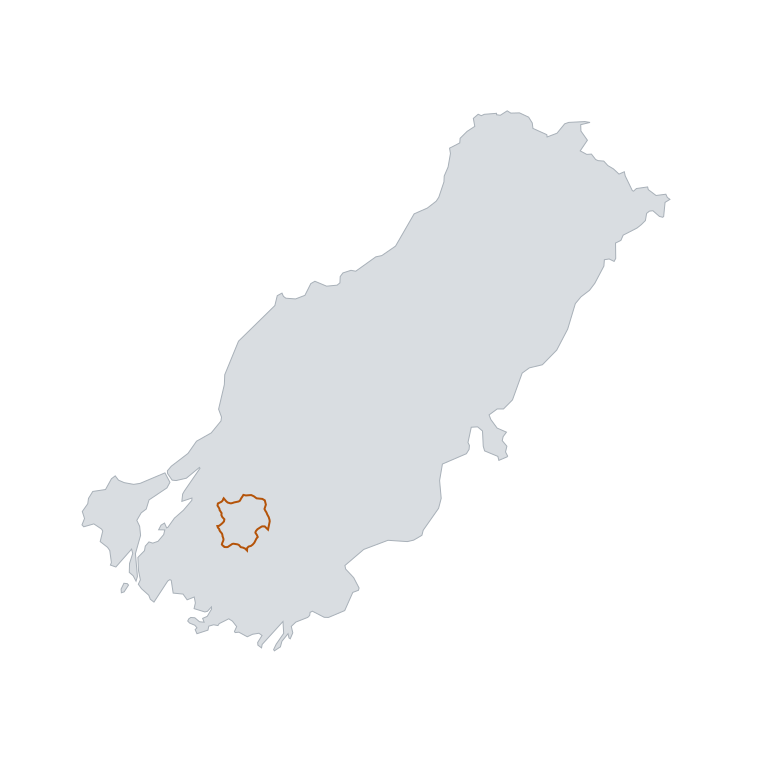 Kütahya on a map of Turkey (Mercator projection), rotated 313°
{"feature_id": "TUR-2276", "entity_name": "Kütahya", "entity_type": "Province", "adm_level": 1, "iso_a3": "TUR", "parent_name": "Turkey", "parent_adm1": "", "projection": "mercator", "projection_center": [29.429, 39.315], "detail": "fine", "context": "in_parent", "style": "outline", "palette": "amber", "viewbox_px": 768, "rotation_deg": 313, "n_neighbors": 0, "source": "natural_earth", "source_scale": "10m", "svg_char_len": 4842}
<svg xmlns="http://www.w3.org/2000/svg" viewBox="0 0 768 768"><g transform="rotate(313 384 384)"><path d="M601.2,271.1L612.0,275.0L615.6,272.1L625.5,272.5L634.3,274.7L639.2,268.2L645.5,268.9L646.6,272.2L649.6,273.4L658.7,281.7L657.7,282.7L659.9,285.8L667.8,287.8L668.6,292.0L674.7,298.2L677.8,307.8L676.0,314.4L672.5,318.6L677.4,333.0L675.9,334.8L685.4,339.5L697.5,338.7L701.3,340.7L712.9,351.9L715.8,356.3L707.8,351.0L703.3,355.5L701.0,366.5L688.3,368.5L690.2,375.7L693.6,378.9L692.5,385.7L693.4,388.3L696.9,392.7L696.4,398.7L697.8,405.1L697.8,412.7L703.1,415.0L700.7,418.5L694.8,433.7L695.2,435.0L699.1,435.3L707.9,442.4L706.4,444.7L707.4,454.4L715.0,460.7L713.7,463.9L714.0,467.2L708.5,465.7L697.2,474.3L696.0,474.1L694.4,471.1L694.1,462.5L691.4,460.2L687.9,459.7L681.8,463.7L676.2,463.5L670.7,462.7L656.0,457.4L650.6,459.3L645.0,457.2L633.9,467.8L630.6,468.7L629.0,463.4L625.2,460.4L620.2,464.4L601.4,469.5L592.7,470.4L582.1,468.6L573.3,469.1L549.4,480.9L526.6,487.2L506.1,486.7L494.9,479.3L486.2,477.6L460.0,488.8L447.2,488.4L442.9,483.8L433.1,481.9L430.9,486.3L428.9,496.8L432.3,506.4L426.8,507.0L423.2,509.1L422.3,516.3L417.2,519.2L415.6,523.6L414.6,523.7L406.5,520.1L408.7,516.6L403.7,503.2L406.2,499.0L416.8,488.1L416.5,481.7L411.9,477.3L398.5,485.3L397.3,488.4L394.2,490.8L389.2,491.8L365.3,481.3L351.3,490.5L339.4,503.8L330.3,508.7L303.8,512.4L299.2,514.9L290.1,512.2L284.7,508.6L272.4,493.5L249.2,482.0L224.6,479.2L222.5,482.2L221.7,493.9L217.8,504.9L215.7,506.0L210.3,503.3L191.5,509.8L175.4,502.6L172.6,499.4L169.0,486.6L166.6,485.7L164.0,487.5L161.3,487.4L149.8,481.9L143.5,481.5L139.8,487.0L133.7,489.2L133.5,487.7L135.9,484.1L126.2,484.8L121.1,487.5L114.1,485.8L114.5,484.4L120.2,482.6L133.2,480.7L141.4,472.1L110.4,472.5L107.5,474.4L107.0,469.9L108.8,467.9L116.9,466.3L116.4,462.5L111.4,458.6L105.9,456.4L103.5,447.1L100.7,444.7L101.0,443.4L106.1,441.7L107.2,434.9L106.4,430.6L96.4,426.9L94.1,427.3L91.7,423.6L87.4,421.0L83.9,423.1L73.8,417.5L75.6,413.4L78.1,413.5L78.6,410.3L76.6,404.9L76.8,402.1L79.0,401.4L81.5,401.9L84.0,405.1L84.3,411.2L87.1,414.9L88.9,411.2L93.5,413.2L101.8,411.4L103.3,409.8L97.3,409.9L95.1,408.4L90.2,398.3L95.2,395.4L98.8,390.5L91.9,387.2L93.3,380.3L87.3,372.4L95.3,362.3L94.9,360.8L92.4,360.2L67.6,364.5L67.2,359.9L69.1,356.0L68.9,346.2L70.0,340.9L74.6,339.4L80.2,331.6L89.3,322.3L98.8,322.5L102.6,320.0L108.2,319.8L109.9,323.4L114.8,326.0L123.6,325.6L127.8,323.2L123.7,318.6L128.7,317.2L132.6,318.3L130.5,323.2L131.7,323.7L143.0,322.2L154.8,323.4L167.9,322.8L169.6,321.3L160.3,316.2L166.2,311.8L169.5,311.0L196.9,306.9L197.1,305.9L180.3,303.7L171.6,297.8L169.2,294.6L170.9,286.8L172.8,284.8L178.8,284.5L199.5,288.0L214.3,285.9L230.4,291.0L245.8,290.0L249.0,287.7L252.8,280.2L274.6,267.7L282.2,261.2L316.1,248.4L366.9,250.7L375.8,245.7L380.9,247.4L379.5,250.7L379.8,253.7L385.9,261.3L394.9,265.7L407.5,262.0L412.0,263.4L416.4,275.3L424.3,282.3L427.9,282.8L432.7,278.7L437.2,278.2L444.6,282.3L447.2,286.4L471.4,291.3L476.4,294.8L492.7,298.4L529.0,290.0L542.2,295.7L553.3,297.5L558.0,296.7L572.7,290.0L577.2,286.2L586.4,282.9L597.9,275.4L601.2,271.1ZM133.5,250.1L132.6,255.4L134.7,261.3L139.9,269.4L145.0,273.4L169.6,284.4L166.1,294.5L160.0,296.1L139.0,291.2L130.4,295.4L124.2,294.3L115.7,296.2L113.3,302.3L107.3,309.2L90.4,317.9L75.1,334.9L70.7,337.1L72.7,331.3L72.5,326.2L79.2,320.3L88.7,315.8L91.1,312.0L67.3,312.7L65.0,307.4L67.5,306.4L75.2,297.0L76.0,293.2L75.2,283.9L84.6,278.6L85.3,276.4L83.8,267.2L74.8,261.8L75.0,259.2L81.4,256.7L85.0,250.3L94.4,249.0L98.8,245.9L106.8,244.3L116.9,252.3L128.8,249.3L133.5,250.1ZM62.7,334.3L54.7,335.7L52.2,334.3L54.7,331.6L60.9,329.7L62.9,332.4L62.7,334.3Z" fill="#d9dde1" stroke="#a8b0b8" stroke-width="1"/><path d="M191.1,344.7L190.6,348.6L190.7,350.5L191.9,352.9L192.5,353.6L193.9,354.5L195.1,355.1L198.9,357.8L200.4,358.2L203.1,357.5L205.7,357.1L207.0,356.8L208.3,359.0L212.2,362.6L213.1,365.3L213.5,368.8L217.0,373.4L217.6,376.2L215.2,379.9L211.1,381.8L210.4,383.6L209.9,385.6L209.0,387.5L208.0,390.5L206.6,392.9L205.6,394.1L198.4,398.5L198.5,393.9L196.8,392.0L195.8,391.6L191.5,390.5L189.3,390.6L188.3,390.9L187.5,391.4L186.9,393.9L186.0,396.0L184.0,396.1L179.6,397.4L177.1,397.5L174.8,397.1L172.7,395.8L170.7,395.8L168.8,397.4L168.9,394.6L168.2,392.5L167.0,390.5L167.3,387.7L167.1,387.0L166.8,386.2L164.5,382.8L163.5,382.1L158.3,380.9L157.6,380.4L155.9,378.4L156.1,377.9L156.0,376.8L155.8,376.3L156.1,374.8L157.5,374.1L160.0,373.2L161.1,372.4L162.2,370.5L162.4,369.9L163.3,368.9L164.1,367.5L164.5,364.4L165.0,363.1L165.4,362.7L165.6,362.1L165.6,361.2L165.8,360.3L166.5,359.0L167.8,360.1L169.4,360.4L171.8,360.7L174.3,360.7L176.2,359.5L176.4,356.5L177.2,354.5L178.8,353.3L179.7,349.7L180.4,348.9L180.8,347.9L181.5,345.2L183.3,344.0L186.9,345.4L188.0,345.5L189.1,345.4L190.1,344.9L191.1,344.7Z" fill="none" stroke="#b45309" stroke-width="2"/></g></svg>